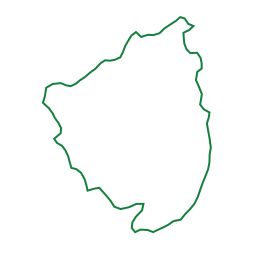 Senador José Bento, Minas Gerais, Brazil, rotated 355°
{"feature_id": "56859067B70195017635128", "entity_name": "Senador José Bento", "entity_type": "district", "adm_level": 2, "iso_a3": "BRA", "parent_name": "Brazil", "parent_adm1": "Minas Gerais", "projection": "mercator", "projection_center": [-46.142, -22.156], "detail": "fine", "context": "isolated", "style": "outline", "palette": "green", "viewbox_px": 256, "rotation_deg": 355, "n_neighbors": 0, "source": "geoboundaries", "source_scale": "gbopen_adm2", "svg_char_len": 1384}
<svg xmlns="http://www.w3.org/2000/svg" viewBox="0 0 256 256"><g transform="rotate(355 128 128)"><path d="M177.4,218.8L182.8,214.2L187.7,209.1L191.7,202.4L194.7,195.5L198.1,188.2L201.4,181.8L204.3,175.9L206.1,169.5L207.1,161.0L208.8,154.8L208.3,144.6L207.6,137.4L207.0,130.4L209.4,124.5L210.5,119.6L205.1,116.0L201.9,110.9L203.4,105.4L204.5,100.6L202.1,92.6L199.9,86.2L201.9,78.1L206.6,75.2L207.0,69.8L206.4,64.4L203.4,59.1L196.6,58.8L193.2,54.8L191.5,49.0L191.4,43.3L191.5,38.0L197.7,35.6L202.1,32.1L197.1,29.5L194.0,23.8L189.7,22.1L185.2,25.4L178.8,28.8L173.1,31.9L167.7,36.3L161.2,37.7L156.0,36.9L149.0,38.4L144.3,33.1L139.4,36.3L135.3,41.8L132.4,46.0L129.7,51.7L126.4,57.0L120.7,58.9L116.0,59.4L111.0,58.6L106.4,61.0L100.7,66.1L94.9,69.6L89.8,73.3L84.3,76.3L79.8,79.4L74.6,81.3L70.1,80.1L64.9,77.4L56.7,77.6L50.0,80.8L48.0,89.1L45.5,95.5L51.0,101.5L54.2,106.8L56.0,111.6L59.2,117.0L61.4,122.3L60.4,127.4L53.5,132.3L56.0,136.7L60.7,140.0L63.7,144.9L65.9,150.7L66.9,156.7L68.1,162.8L72.8,164.4L77.3,168.5L80.3,175.1L81.5,181.0L82.3,186.9L89.0,185.5L94.2,185.1L98.4,190.7L101.7,195.2L104.7,199.7L107.4,205.1L113.5,208.1L122.0,207.0L129.9,204.3L136.8,204.9L134.8,211.3L128.1,217.1L124.2,222.3L123.0,227.9L126.1,232.4L131.4,230.3L138.6,231.3L144.0,233.9L149.3,231.9L154.7,230.0L159.7,227.9L165.2,224.7L172.5,223.9L177.4,218.8Z" fill="none" stroke="#15803d" stroke-width="2"/></g></svg>